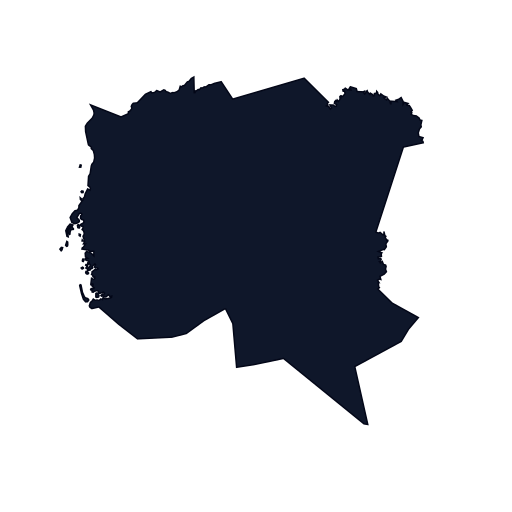 outline of Madang District, Madang, Papua New Guinea, rotated 168°
{"feature_id": "67681753B97158406764408", "entity_name": "Madang District", "entity_type": "district", "adm_level": 2, "iso_a3": "PNG", "parent_name": "Papua New Guinea", "parent_adm1": "Madang", "projection": "mercator", "projection_center": [145.661, -5.093], "detail": "fine", "context": "isolated", "style": "filled", "palette": "ink", "viewbox_px": 512, "rotation_deg": 168, "n_neighbors": 0, "source": "geoboundaries", "source_scale": "gbopen_adm2", "svg_char_len": 6144}
<svg xmlns="http://www.w3.org/2000/svg" viewBox="0 0 512 512"><g transform="rotate(168 256 256)"><path d="M427.5,238.7L420.3,238.8L404.4,217.7L389.1,199.6L355.1,194.1L340.3,194.7L320.4,203.6L297.5,210.8L296.7,210.5L292.7,194.7L298.1,151.2L280.7,150.2L250.4,150.1L185.3,69.4L181.7,68.0L182.4,127.3L131.7,142.3L121.9,152.8L110.0,162.0L132.6,181.6L143.8,198.4L141.9,199.4L142.4,200.4L141.9,204.6L141.2,204.4L142.2,207.1L140.1,207.8L138.8,207.1L139.0,210.3L134.4,211.6L131.7,213.5L132.1,216.2L130.9,218.8L131.1,220.2L133.1,221.2L133.6,224.4L135.8,223.3L136.4,224.7L135.7,224.6L134.2,226.9L135.0,227.8L136.9,227.8L136.9,229.6L133.4,229.5L133.0,232.4L132.2,232.9L135.4,235.0L130.1,235.9L129.2,235.5L126.6,237.9L126.5,240.9L123.8,243.4L123.9,244.2L124.9,244.5L125.8,247.6L124.9,248.3L125.7,249.2L125.8,253.4L126.1,251.3L127.3,250.1L129.7,253.3L131.6,253.0L133.8,254.5L89.2,331.9L68.9,332.0L68.9,333.4L70.3,335.0L69.3,335.2L68.0,337.0L71.8,339.0L71.7,342.7L69.6,346.4L67.5,348.0L67.5,350.0L65.6,354.1L67.3,354.9L67.8,357.1L70.1,359.7L72.9,360.7L74.8,362.2L73.8,363.8L74.5,364.6L72.9,366.0L74.0,369.4L74.8,371.3L77.1,372.1L77.2,372.8L75.6,373.6L79.1,375.5L80.5,373.9L80.0,376.6L81.1,380.8L83.6,379.7L86.8,379.3L86.0,377.7L91.9,379.4L92.2,376.9L92.8,377.0L92.9,379.5L94.8,383.0L96.0,381.6L98.0,384.1L95.6,384.5L98.0,386.1L100.2,388.6L101.2,387.0L101.8,387.2L103.4,389.8L103.0,390.7L103.7,391.9L104.1,390.3L106.4,390.3L107.2,388.2L108.2,388.3L108.5,389.8L110.3,391.5L111.1,390.4L112.6,392.9L112.9,394.6L114.4,393.7L114.8,392.6L116.0,391.8L116.5,393.0L115.7,394.6L117.1,394.3L122.9,395.8L123.1,398.9L128.5,401.9L129.8,400.6L128.6,399.8L128.4,398.6L129.6,398.6L130.3,399.8L131.6,399.3L133.8,401.6L134.8,400.8L136.5,400.6L136.5,399.1L135.1,398.6L135.1,396.3L138.0,394.0L139.1,394.8L139.8,393.5L140.2,394.9L140.8,394.5L141.2,391.8L143.4,390.0L144.2,391.8L145.2,390.5L145.7,391.5L146.9,390.7L147.6,389.0L145.6,387.3L146.6,385.8L148.0,386.1L148.8,387.5L152.3,388.4L151.3,385.0L152.8,384.2L153.7,387.0L155.8,388.2L154.4,388.7L154.5,390.5L153.2,391.3L171.9,419.9L246.2,414.3L253.8,433.7L260.8,433.5L264.4,432.8L266.4,433.3L269.8,431.8L271.5,432.2L273.3,431.5L275.0,431.9L276.8,430.4L277.9,430.9L280.0,429.9L281.3,430.2L281.5,428.5L282.5,428.6L279.6,444.0L282.4,443.1L285.3,440.7L286.9,440.6L290.7,437.6L292.0,437.8L293.7,437.0L294.8,437.8L296.6,434.4L298.9,433.2L301.9,432.7L303.8,433.2L306.0,432.8L308.2,434.7L310.0,435.5L310.2,436.7L311.6,437.7L315.7,436.4L318.7,438.5L321.3,437.0L324.1,437.2L324.6,438.6L330.5,437.2L340.3,430.5L344.3,430.9L345.7,429.9L346.9,428.3L346.7,426.6L347.3,425.5L349.6,423.8L350.8,423.7L351.4,421.7L359.1,420.1L386.4,438.2L384.6,432.5L384.6,429.5L385.3,427.6L387.5,424.9L393.4,421.0L395.9,418.4L396.8,413.1L396.8,400.3L396.7,399.4L394.4,396.8L394.8,395.3L393.2,393.0L393.0,388.9L393.5,385.4L395.2,381.6L397.4,379.9L398.4,378.3L401.1,371.0L403.2,368.8L405.7,359.8L404.0,357.7L404.0,356.1L404.8,354.8L406.7,356.6L410.2,352.3L411.5,349.4L413.4,348.0L413.6,346.8L418.7,342.2L419.2,340.1L420.6,338.4L421.3,337.9L423.7,337.9L426.9,335.6L429.8,332.3L429.1,327.1L426.7,325.3L424.6,325.3L422.0,326.1L421.5,326.8L421.5,327.9L423.3,330.8L420.0,334.3L418.8,334.4L417.8,333.8L417.6,332.8L419.2,331.7L419.8,329.3L419.1,328.1L417.2,327.0L417.2,325.0L417.9,324.3L420.8,323.4L421.3,322.7L420.6,321.5L419.2,321.1L419.3,319.4L420.6,318.0L419.6,316.8L419.2,314.2L419.9,312.5L421.1,311.3L420.5,305.8L422.3,303.7L420.2,303.3L423.1,300.4L424.1,300.2L424.8,299.0L418.8,296.6L416.9,294.9L413.6,294.4L414.6,289.9L416.3,292.6L418.2,294.2L420.8,295.6L422.5,294.3L423.0,290.5L421.2,288.8L423.4,288.8L423.5,287.6L420.6,285.5L420.4,284.5L420.9,284.0L422.0,284.3L422.5,283.4L422.1,282.8L420.6,282.8L419.9,282.1L420.0,281.2L423.6,278.1L423.8,277.2L423.3,276.7L420.9,276.9L420.2,277.9L418.8,277.9L418.3,278.3L418.5,279.8L415.2,281.9L414.7,280.9L416.4,278.8L415.4,277.8L413.5,277.3L413.0,276.1L415.2,275.7L416.1,276.4L419.8,274.5L419.8,273.4L420.7,272.2L419.6,270.9L419.8,269.6L419.3,269.1L418.1,269.2L418.4,267.4L419.8,266.9L421.5,268.4L423.5,262.5L423.2,261.7L421.8,262.7L421.1,262.2L422.3,260.1L420.8,258.6L421.3,257.9L424.0,258.4L424.7,257.7L424.5,257.0L423.5,256.7L423.8,254.9L422.8,254.4L421.3,255.1L418.7,255.3L417.6,254.4L417.6,252.6L416.8,251.9L412.6,252.4L411.8,251.2L412.5,250.3L413.5,250.7L415.2,250.1L415.9,249.5L415.4,248.8L414.0,248.9L411.4,247.1L408.3,248.8L407.3,246.7L405.4,246.8L405.9,245.5L407.3,245.2L412.1,245.3L414.2,247.2L415.2,245.3L416.7,246.3L418.3,245.3L419.3,245.3L420.5,246.0L422.6,246.1L424.1,247.7L426.0,245.8L427.6,245.1L429.4,241.9L429.1,240.4L427.5,238.7ZM436.8,320.3L436.8,314.5L435.7,313.8L435.3,319.0L434.1,318.3L433.9,315.9L433.5,316.0L432.8,318.3L431.5,320.2L429.1,320.0L428.9,320.7L430.1,322.6L428.6,324.4L431.2,325.9L434.4,323.5L435.1,322.3L434.3,321.6L432.2,323.7L431.3,323.5L431.7,322.3L433.7,320.4L434.6,320.2L435.1,320.7L434.8,321.4L435.6,321.9L436.8,320.3ZM434.6,263.8L434.5,255.7L433.8,249.5L432.2,246.6L430.3,246.3L428.8,247.6L428.8,248.3L429.5,249.4L431.6,250.6L432.3,251.8L433.3,256.6L433.2,264.0L433.9,264.5L434.6,263.8ZM420.4,252.7L421.2,249.2L420.5,248.6L418.5,248.6L417.8,249.8L418.8,252.4L419.4,252.9L420.4,252.7ZM438.0,309.6L440.0,306.1L439.3,304.8L438.4,304.9L437.8,306.0L437.3,308.8L438.0,309.6ZM424.3,323.0L424.4,320.8L423.2,320.1L422.5,320.8L422.5,323.0L423.4,323.7L424.3,323.0ZM444.6,304.9L446.4,303.5L445.5,301.6L444.5,302.3L443.4,304.4L444.6,304.9ZM426.0,275.5L425.9,274.3L425.0,273.4L424.0,273.4L423.3,274.1L424.3,275.8L425.4,276.3L426.0,275.5ZM409.0,381.7L410.2,379.6L408.9,379.3L408.1,381.2L409.0,381.7ZM428.0,281.2L429.5,280.6L428.8,279.4L427.4,279.8L427.3,280.5L428.0,281.2ZM426.1,289.0L426.8,287.6L426.8,286.9L426.1,286.5L425.1,287.8L425.1,288.8L426.1,289.0ZM413.8,355.2L413.3,354.2L412.1,354.0L411.7,354.5L411.7,355.4L412.9,355.9L413.8,355.2ZM424.4,314.2L424.7,312.8L423.9,312.0L423.3,313.5L424.4,314.2ZM415.8,349.5L416.0,347.8L415.5,347.1L414.8,348.1L415.8,349.5ZM424.2,282.9L424.5,282.4L423.0,281.4L422.6,281.9L424.2,282.9ZM424.9,279.6L424.3,279.1L423.3,280.5L423.8,280.7L424.9,279.6ZM422.6,307.8L423.0,306.9L422.1,306.6L422.6,307.8Z" fill="#0f172a" stroke="#020617" stroke-width="1.5"/></g></svg>